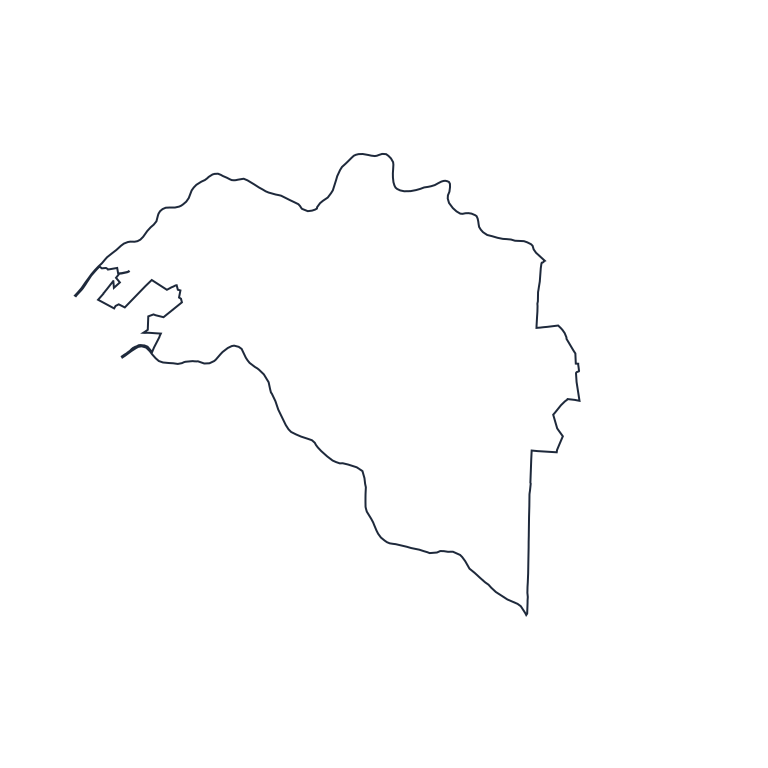 Ceraukstes pag., Bauska, Latvia (Mercator projection), rotated 325°
{"feature_id": "27541924B26132540947548", "entity_name": "Ceraukstes pag.", "entity_type": "district", "adm_level": 2, "iso_a3": "LVA", "parent_name": "Latvia", "parent_adm1": "Bauska", "projection": "mercator", "projection_center": [24.276, 56.363], "detail": "fine", "context": "isolated", "style": "outline", "palette": "slate", "viewbox_px": 768, "rotation_deg": 325, "n_neighbors": 0, "source": "geoboundaries", "source_scale": "gbopen_adm2", "svg_char_len": 6118}
<svg xmlns="http://www.w3.org/2000/svg" viewBox="0 0 768 768"><g transform="rotate(325 384 384)"><path d="M181.6,134.3L182.0,135.3L183.2,134.9L189.9,133.5L192.1,132.9L196.4,131.3L199.7,129.9L200.6,129.6L202.8,128.7L206.3,127.3L211.5,126.0L215.0,125.2L217.1,124.8L218.4,124.8L219.2,127.4L222.8,129.5L223.8,131.8L223.7,132.0L232.0,135.9L229.7,140.8L230.0,141.1L230.9,141.7L231.8,142.2L232.7,142.7L233.6,143.1L237.5,144.8L238.1,145.0L238.8,145.2L239.5,145.2L239.5,145.5L238.6,145.4L238.2,145.3L237.8,145.2L237.3,145.0L233.5,143.4L232.6,143.0L231.6,142.5L231.1,142.1L230.5,141.8L225.4,143.3L225.9,149.3L217.9,150.3L220.2,146.4L220.9,145.1L221.3,144.6L221.2,144.4L220.6,144.6L216.5,145.8L215.6,146.1L212.3,147.1L211.0,147.5L209.5,147.9L207.6,148.5L206.2,148.8L206.0,149.1L198.1,151.0L206.3,167.3L208.9,166.1L212.4,166.6L215.6,172.6L244.6,167.0L253.4,165.6L260.2,182.3L263.4,182.7L265.4,182.9L267.0,183.3L269.8,183.7L270.8,184.2L269.2,188.5L270.9,190.6L265.8,195.5L265.7,195.6L266.6,197.7L265.3,201.2L241.7,202.8L236.3,196.6L235.1,194.8L229.7,193.4L222.8,202.5L221.6,204.1L218.0,204.1L216.2,204.0L217.2,204.8L218.3,205.5L219.7,206.4L221.8,208.0L225.6,211.1L230.1,214.7L227.8,216.0L226.8,216.8L216.5,222.2L212.4,224.8L212.1,222.3L211.7,217.8L211.2,217.0L209.8,214.9L208.6,214.0L208.0,213.4L207.4,212.9L206.7,212.3L205.6,211.7L205.1,211.5L203.8,211.4L202.6,211.2L201.5,210.8L201.2,210.8L200.3,210.7L199.1,210.5L198.5,210.6L198.0,210.6L197.6,210.6L197.1,210.7L196.4,210.8L196.2,210.9L194.9,211.1L194.6,211.1L193.8,211.1L193.0,211.3L192.6,211.1L191.9,211.1L191.1,211.3L188.2,211.1L187.9,211.1L185.6,211.1L185.0,211.1L184.9,212.2L188.0,212.3L196.0,212.1L201.2,212.3L204.0,212.6L207.1,214.1L209.0,216.4L210.1,217.9L211.0,222.9L211.1,226.8L211.7,231.9L212.7,236.0L215.3,239.6L219.9,243.5L223.2,246.1L226.6,249.3L230.4,251.0L232.7,251.4L234.1,251.9L240.4,255.5L242.1,257.0L243.5,258.0L244.7,258.8L248.5,264.1L252.9,266.9L258.1,267.8L260.1,267.6L267.2,265.8L270.1,265.2L276.7,264.9L281.0,265.6L283.2,266.6L286.3,270.2L287.5,273.6L285.9,283.2L285.8,286.3L286.0,289.6L288.0,295.9L289.2,298.6L289.8,300.6L291.1,307.2L290.5,316.4L287.7,323.0L286.5,326.2L286.6,327.4L285.2,335.8L282.7,344.3L280.0,361.2L279.8,366.3L280.4,370.0L283.0,374.8L285.9,379.5L290.1,385.1L292.7,388.7L293.6,392.4L293.3,394.9L293.4,398.0L294.1,402.9L295.9,410.6L298.0,417.2L299.9,420.4L302.3,423.7L304.7,425.2L308.5,429.5L313.9,436.6L316.4,443.0L314.0,449.9L311.3,454.9L309.9,458.2L305.8,463.5L303.7,466.4L301.1,470.1L298.4,474.1L297.7,475.8L296.7,478.7L296.2,487.1L295.7,491.2L295.0,494.2L293.8,499.7L293.3,503.3L293.4,508.0L294.7,512.6L295.7,515.3L297.3,517.8L299.7,520.1L301.7,521.9L309.4,530.5L310.5,531.9L312.2,534.0L317.9,540.0L320.6,543.6L323.0,546.6L324.4,548.7L330.7,552.4L334.2,553.1L337.0,555.1L340.0,558.0L344.3,561.0L348.3,567.7L348.8,570.6L348.9,575.7L348.1,584.3L350.0,591.0L351.5,597.9L353.1,604.5L354.5,608.3L355.0,612.4L356.3,618.5L361.5,631.3L367.3,640.7L368.6,644.5L368.3,652.8L368.0,654.8L369.6,654.2L374.5,647.7L376.3,645.3L377.5,643.6L379.6,641.0L380.9,638.7L381.6,637.4L385.2,632.5L387.9,629.1L391.1,624.9L393.4,621.9L401.6,610.6L408.6,601.0L412.0,596.2L415.6,591.3L416.3,590.3L426.7,575.9L433.0,567.4L439.9,557.8L440.6,557.0L442.4,555.1L447.0,549.8L447.3,548.8L454.5,539.3L461.3,530.3L466.8,523.2L471.6,527.3L472.5,528.0L486.3,539.0L487.9,537.3L492.8,534.2L500.5,529.4L500.4,522.3L500.4,519.7L505.0,506.2L507.8,505.5L515.0,503.4L516.7,502.9L522.2,502.0L522.4,502.0L525.6,501.9L525.8,501.7L531.0,506.3L534.5,509.9L542.9,492.8L544.3,490.5L547.4,485.4L547.7,485.1L548.2,484.9L548.7,484.8L550.9,485.4L551.1,485.3L551.4,485.0L551.6,484.5L553.1,481.7L554.2,479.5L554.7,478.8L552.8,477.3L558.3,468.7L558.3,467.7L558.4,465.0L559.4,451.7L560.2,450.4L561.2,445.9L561.2,442.1L560.9,439.6L560.2,436.0L550.6,430.9L547.3,429.0L544.5,427.5L541.1,425.5L542.6,423.5L548.2,416.4L551.1,412.8L554.5,408.2L555.7,406.2L557.5,404.5L562.9,397.1L564.7,395.3L566.6,393.3L570.4,389.4L578.9,379.0L582.0,375.7L582.7,375.2L582.8,375.3L583.1,375.4L583.6,375.5L584.2,375.5L584.7,375.5L585.1,375.4L585.4,375.1L586.4,375.3L583.8,363.7L583.8,359.6L585.0,356.0L584.6,353.8L582.6,350.1L580.6,347.3L577.8,345.1L573.5,341.8L570.9,338.5L567.5,335.6L564.6,333.3L560.9,329.4L557.3,324.9L554.0,321.1L552.2,316.5L551.8,313.1L552.0,309.9L553.2,307.3L554.4,305.0L555.6,302.2L556.1,299.6L555.5,298.0L553.4,294.6L551.2,292.5L548.6,290.8L546.0,289.7L544.2,288.2L542.4,284.2L541.3,279.4L541.1,273.0L542.6,268.6L544.6,266.1L547.9,264.0L551.0,260.6L552.8,257.9L553.1,255.9L552.3,254.4L550.8,252.7L549.2,251.8L547.1,251.1L543.5,250.6L539.7,250.2L536.0,249.0L533.2,247.8L529.6,246.0L525.7,245.0L521.4,243.5L516.3,241.2L511.1,237.7L508.3,234.7L506.6,231.7L506.1,229.7L506.4,227.4L507.5,224.1L509.8,219.9L512.1,216.5L514.6,213.4L517.5,209.7L518.7,207.5L519.1,203.2L518.5,199.7L517.6,197.0L515.7,195.4L514.3,194.4L511.3,193.5L509.0,192.9L507.2,192.0L504.5,189.6L502.6,187.5L498.5,183.4L495.0,181.1L492.4,180.1L490.2,179.7L487.2,180.1L482.1,181.0L478.9,181.5L474.1,182.1L470.8,183.5L464.9,186.9L461.8,189.4L453.2,196.0L450.1,197.3L444.9,199.0L438.9,198.9L435.3,199.2L430.6,200.8L429.7,201.8L427.5,201.6L424.5,200.7L420.7,198.7L418.8,195.8L417.3,193.5L417.2,192.3L417.3,190.0L417.0,187.6L414.5,183.1L412.4,179.4L410.2,175.3L407.7,170.7L406.2,169.0L403.9,166.6L400.8,162.8L399.3,161.0L397.6,158.3L396.1,154.9L394.4,151.5L392.1,145.9L389.0,138.9L386.8,135.4L385.4,134.7L381.4,132.8L379.5,132.0L378.0,131.1L376.2,129.6L375.1,127.8L373.6,124.9L371.3,121.2L370.3,119.1L368.6,116.5L365.7,114.7L363.7,114.0L359.1,113.8L357.3,114.1L354.3,114.2L350.5,113.5L344.6,113.2L340.9,113.9L337.5,115.1L334.1,117.4L330.7,119.7L326.6,121.2L322.5,121.6L320.2,121.6L318.0,121.2L314.1,119.6L309.8,116.6L306.3,114.4L302.9,113.7L299.7,114.0L297.1,115.1L295.7,116.1L290.9,120.2L286.7,121.4L282.7,121.8L277.8,122.9L271.1,125.3L267.2,126.0L264.0,125.6L261.3,124.4L257.9,121.9L255.6,120.8L251.5,119.8L247.8,119.9L241.6,120.7L236.9,120.9L230.0,121.3L227.4,121.9L222.2,123.3L217.6,123.9L212.6,124.9L207.3,126.3L201.8,128.2L197.9,129.5L191.2,132.0L185.4,133.5L181.6,134.3Z" fill="none" stroke="#1e293b" stroke-width="2"/></g></svg>